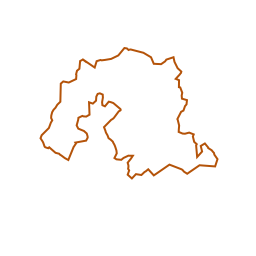 Pankshin, Plateau, Nigeria (Albers equal-area conic projection), rotated 144°
{"feature_id": "59680162B11957186029310", "entity_name": "Pankshin", "entity_type": "district", "adm_level": 2, "iso_a3": "NGA", "parent_name": "Nigeria", "parent_adm1": "Plateau", "projection": "albers", "projection_center": [9.454, 9.312], "detail": "fine", "context": "isolated", "style": "outline", "palette": "amber", "viewbox_px": 256, "rotation_deg": 144, "n_neighbors": 0, "source": "geoboundaries", "source_scale": "gbopen_adm2", "svg_char_len": 2302}
<svg xmlns="http://www.w3.org/2000/svg" viewBox="0 0 256 256"><g transform="rotate(144 128 128)"><path d="M80.1,45.7L73.9,50.2L73.8,55.7L73.1,57.3L73.3,58.9L73.4,60.9L74.9,64.6L74.6,65.1L74.9,70.3L79.7,70.7L81.9,65.4L89.1,63.9L83.1,73.9L81.9,74.5L82.6,77.9L80.5,83.0L78.6,84.2L81.2,88.3L85.3,89.9L87.1,91.4L89.3,95.0L87.8,96.9L85.2,99.9L82.8,105.8L82.8,106.2L75.5,109.9L72.9,109.5L69.0,112.2L66.8,112.7L63.9,115.9L67.1,120.0L65.5,122.7L63.4,124.6L61.9,130.1L62.8,131.1L58.6,136.7L60.5,139.7L57.6,140.3L54.6,140.9L53.5,141.3L52.8,141.4L51.7,142.3L52.7,147.2L51.5,154.2L49.6,158.5L56.8,160.8L58.8,160.1L63.7,160.2L69.4,164.8L67.8,171.7L71.3,179.8L79.7,190.0L81.2,190.7L81.7,190.8L82.1,193.0L83.9,194.8L93.2,192.4L101.0,193.8L106.4,196.5L109.5,198.2L110.3,199.2L114.1,200.5L119.4,196.5L123.6,208.3L123.7,208.0L124.3,209.9L127.4,210.3L132.5,204.5L135.6,204.3L138.5,201.9L138.6,201.2L141.2,198.1L149.2,199.6L153.0,203.7L156.3,203.4L167.3,189.0L171.5,188.4L174.8,187.0L177.5,186.5L180.0,185.4L182.7,183.2L184.3,181.3L184.8,178.7L187.2,177.7L192.0,174.5L202.1,172.9L204.8,171.1L205.0,167.3L205.2,166.0L206.4,162.0L206.3,161.2L205.6,160.1L204.4,158.5L203.1,158.7L201.2,150.5L198.8,147.6L198.7,146.3L198.1,145.0L196.8,140.8L195.1,137.2L182.7,144.9L183.1,144.6L179.1,146.1L179.1,147.1L169.3,142.4L166.3,143.9L165.6,145.0L164.6,147.8L165.4,151.5L168.6,156.7L168.0,160.3L163.5,163.9L162.1,165.4L157.8,164.6L157.2,163.6L155.1,161.8L151.3,161.4L144.4,171.7L142.1,168.4L137.8,168.9L135.2,172.0L132.5,173.4L130.4,172.6L128.8,169.9L130.4,167.4L133.8,164.1L135.3,161.5L133.9,159.1L128.1,160.6L126.7,159.0L125.2,156.8L123.0,147.8L123.3,146.9L123.9,146.7L124.0,146.7L125.7,146.9L133.4,144.5L135.0,144.3L136.8,144.5L146.9,142.8L147.9,139.0L148.3,138.1L148.6,136.8L148.9,134.0L149.7,131.2L148.9,128.9L148.3,125.9L148.6,124.7L148.8,122.7L149.2,120.9L149.7,119.3L150.6,116.6L152.0,114.1L156.6,111.7L155.8,109.5L155.4,109.1L152.1,106.2L149.2,106.4L144.0,105.4L140.4,102.7L143.6,101.5L148.7,100.1L149.6,97.6L150.5,96.3L151.9,94.9L152.0,93.0L155.7,90.4L154.5,84.9L148.7,86.0L144.8,82.1L140.4,82.7L139.3,82.5L135.9,82.7L135.0,74.5L132.4,74.4L128.6,74.3L116.0,74.0L109.6,64.1L108.9,63.0L108.5,61.8L108.4,59.9L107.7,58.0L107.5,57.6L107.0,56.2L92.0,55.8L88.6,52.9L80.1,45.7Z" fill="none" stroke="#b45309" stroke-width="2"/></g></svg>